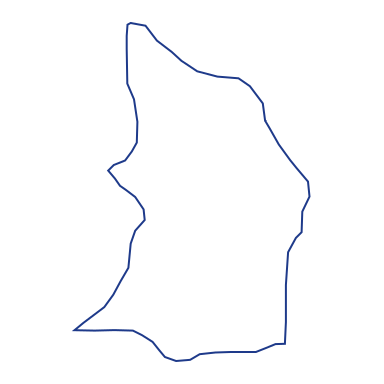 the district of Söderhamn, Gävleborg, Sweden
{"feature_id": "70781695B37346954790486", "entity_name": "Söderhamn", "entity_type": "district", "adm_level": 2, "iso_a3": "SWE", "parent_name": "Sweden", "parent_adm1": "Gävleborg", "projection": "mercator", "projection_center": [16.889, 61.303], "detail": "fine", "context": "isolated", "style": "outline", "palette": "blue", "viewbox_px": 384, "rotation_deg": 0, "n_neighbors": 0, "source": "geoboundaries", "source_scale": "gbopen_adm2", "svg_char_len": 937}
<svg xmlns="http://www.w3.org/2000/svg" viewBox="0 0 384 384"><path d="M127.5,24.7L126.7,35.9L126.7,48.8L127.3,83.6L134.0,99.3L137.4,121.8L136.8,142.6L131.8,151.5L125.1,160.5L113.8,165.0L108.2,170.6L114.9,178.5L120.0,185.8L125.6,189.7L135.2,197.0L143.6,209.4L144.7,220.0L135.2,230.7L130.7,243.6L128.4,267.8L120.6,281.2L113.3,294.7L104.3,307.1L83.5,322.8L74.5,330.2L94.7,330.6L114.4,330.1L132.9,330.6L141.9,335.1L152.6,341.9L159.3,350.3L164.9,357.0L176.1,361.0L188.2,360.0L190.2,359.8L199.7,354.2L215.4,352.5L230.6,352.0L242.4,352.0L255.9,352.0L266.0,348.0L275.5,344.1L284.9,343.8L285.9,322.1L285.9,285.0L288.1,252.2L295.9,237.9L301.6,232.2L302.3,211.6L309.5,196.6L308.0,181.6L296.6,168.1L290.2,160.2L278.8,144.5L269.5,128.1L265.3,121.0L265.4,120.8L265.1,120.7L262.8,103.4L249.9,86.2L238.5,78.3L217.4,76.6L197.2,71.3L181.4,60.8L171.8,52.0L156.9,40.6L145.5,25.7L130.6,23.0L127.5,24.7Z" fill="none" stroke="#1e3a8a" stroke-width="2"/></svg>